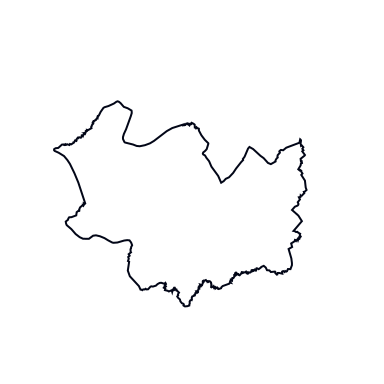 Sakhrai, Nong Khai, Thailand, rotated 49°
{"feature_id": "78962969B97466858782755", "entity_name": "Sakhrai", "entity_type": "district", "adm_level": 2, "iso_a3": "THA", "parent_name": "Thailand", "parent_adm1": "Nong Khai", "projection": "robinson", "projection_center": [102.714, 17.678], "detail": "fine", "context": "isolated", "style": "outline", "palette": "ink", "viewbox_px": 384, "rotation_deg": 49, "n_neighbors": 0, "source": "geoboundaries", "source_scale": "gbopen_adm2", "svg_char_len": 6050}
<svg xmlns="http://www.w3.org/2000/svg" viewBox="0 0 384 384"><g transform="rotate(49 192 192)"><path d="M231.9,294.9L232.4,294.3L233.5,293.9L233.5,292.7L234.4,291.8L234.6,290.5L235.5,290.4L236.6,289.0L236.2,285.4L236.5,284.6L237.7,283.6L239.0,280.7L238.9,278.4L239.4,276.1L240.3,274.8L243.1,273.1L243.1,271.7L244.4,272.0L244.7,273.8L246.1,273.6L246.2,274.2L245.5,275.4L245.7,276.1L247.5,275.6L248.3,276.8L250.7,275.1L251.9,274.7L252.8,271.8L254.4,272.5L253.2,270.8L254.2,270.2L254.3,269.7L253.9,269.3L252.8,269.1L252.5,268.3L252.9,267.8L254.5,268.2L255.4,267.7L256.0,268.4L257.0,268.0L259.4,267.8L259.7,269.0L260.4,270.2L260.9,270.3L261.2,271.7L262.8,271.9L265.2,271.6L266.9,272.5L269.3,272.6L270.8,271.8L271.7,272.1L272.1,272.9L272.8,272.7L273.7,272.4L275.2,270.3L275.9,268.5L275.1,267.8L274.8,267.0L273.1,265.6L272.7,264.4L272.9,263.5L273.4,263.2L272.9,262.4L271.8,261.8L271.0,260.4L271.9,257.8L271.1,257.5L271.2,256.5L270.5,255.7L271.1,254.7L270.0,254.2L270.7,253.8L271.5,253.9L271.6,253.3L271.2,252.8L270.0,252.6L270.0,251.2L269.4,250.7L269.7,250.0L268.8,249.8L269.1,249.1L268.9,248.6L267.8,248.6L267.9,247.9L268.7,247.2L267.1,246.6L268.9,245.5L267.9,243.8L267.6,242.5L266.8,242.8L266.3,242.2L266.5,241.3L266.9,241.2L267.5,239.3L268.9,239.4L269.3,238.9L269.9,239.2L269.9,238.4L270.7,238.4L270.7,237.4L271.4,237.0L272.8,237.0L273.8,237.8L274.4,237.8L275.0,238.7L276.1,238.8L276.1,239.8L276.4,240.0L276.8,239.8L276.9,239.1L277.4,238.5L277.3,237.6L279.1,238.4L279.3,238.0L278.9,236.8L279.3,236.7L280.3,237.5L280.6,235.6L281.4,235.5L282.2,235.9L282.7,235.6L283.7,233.2L283.2,232.3L283.1,230.6L285.6,224.1L285.2,222.9L286.0,222.3L284.7,222.2L284.1,221.2L284.8,220.5L283.5,219.9L283.7,219.5L284.8,219.5L283.4,217.9L284.1,217.1L283.7,215.7L282.6,214.8L283.6,214.2L283.6,212.6L282.7,212.9L282.8,213.8L282.4,213.8L281.5,212.5L281.6,211.7L281.9,211.5L282.6,211.9L284.2,210.9L285.0,211.3L286.1,210.7L285.8,208.2L286.2,207.4L285.3,207.4L285.1,207.0L287.3,205.0L287.5,203.5L289.2,204.1L290.3,203.5L290.3,202.6L289.3,202.4L291.0,200.8L291.0,199.8L290.1,198.3L290.7,197.4L291.6,198.1L291.9,197.4L291.7,195.7L292.9,195.7L293.3,195.3L293.0,194.7L292.2,194.2L291.9,193.4L292.4,192.9L294.0,192.3L294.2,189.4L294.0,188.9L294.8,186.3L297.4,185.9L300.2,186.7L302.0,185.0L304.1,185.0L306.5,181.6L307.0,181.6L307.7,182.3L310.0,182.2L310.2,181.7L309.5,181.1L309.3,180.5L310.2,179.4L312.9,177.4L311.3,176.4L311.2,175.8L311.7,174.9L313.1,174.6L312.8,173.5L313.9,173.1L314.1,172.3L313.1,170.1L314.8,168.3L312.8,164.6L311.2,163.2L307.3,160.6L298.4,156.5L299.2,152.5L295.9,150.9L296.5,146.9L295.7,145.7L296.6,145.1L297.2,145.3L296.8,143.2L297.9,143.6L297.4,142.7L296.6,142.2L296.7,141.8L297.7,141.5L297.3,140.8L296.6,140.5L297.1,140.0L297.0,139.2L295.1,138.9L294.5,137.8L292.1,138.6L291.2,138.6L290.5,139.7L288.9,140.2L288.0,140.9L286.1,128.2L279.6,127.2L271.2,128.3L270.6,124.0L271.5,121.3L271.4,120.3L270.9,119.5L269.1,118.9L268.4,115.4L266.1,114.8L266.9,113.4L266.0,112.4L266.5,112.4L266.9,111.1L266.6,110.1L266.6,108.1L265.3,107.5L265.7,106.9L265.6,104.2L263.3,103.3L257.5,99.3L250.8,98.3L250.5,96.5L247.9,96.1L247.6,95.6L246.4,95.9L246.4,96.6L244.6,96.9L243.2,92.6L241.9,91.1L242.3,90.0L240.6,89.0L240.2,89.6L238.2,88.3L238.4,83.3L238.2,82.5L233.6,82.1L233.6,80.5L231.8,80.4L231.3,78.6L228.8,78.6L228.7,79.4L226.6,78.2L224.7,76.0L223.9,75.7L223.2,75.8L225.3,78.6L220.4,91.8L220.3,95.8L218.6,97.3L218.5,99.0L218.7,99.5L220.0,99.9L220.4,103.1L221.1,104.1L222.2,104.7L222.2,106.0L222.6,107.4L223.1,108.5L223.8,108.9L222.7,114.2L219.9,115.6L213.4,115.7L209.6,116.6L199.7,117.7L195.7,119.1L196.0,121.2L199.9,129.2L200.5,132.0L201.4,132.4L201.7,135.4L203.2,143.3L204.6,148.4L205.2,154.4L204.2,157.9L204.6,161.0L204.1,163.9L197.1,161.7L185.6,160.7L180.0,158.9L175.6,158.7L173.0,158.2L171.0,158.9L170.2,158.7L169.5,157.6L169.6,155.2L169.3,152.8L166.3,148.0L165.8,147.7L161.0,148.1L155.4,147.7L150.2,146.5L148.7,145.3L147.5,145.9L146.8,146.9L146.3,146.1L146.0,146.1L146.1,146.9L145.2,147.6L142.9,145.8L141.4,146.1L139.8,146.8L140.3,147.4L140.3,148.0L139.5,148.3L140.1,150.2L139.6,150.2L139.1,149.4L138.8,150.3L138.1,149.9L137.7,150.8L137.1,150.6L136.6,151.6L137.0,153.0L136.6,153.3L136.7,153.8L136.4,154.2L135.8,153.8L135.7,154.5L135.4,154.2L130.8,164.9L129.5,171.1L128.5,187.2L127.7,191.8L125.8,196.8L123.2,201.4L121.0,203.5L117.4,205.4L110.7,210.1L109.8,210.2L106.7,209.3L105.3,208.1L103.5,205.3L101.4,200.6L94.6,188.4L92.9,185.7L91.4,184.5L90.8,184.2L86.6,185.6L83.0,187.6L78.0,187.6L75.9,188.0L74.8,188.6L74.3,189.8L74.0,192.9L72.3,198.7L70.7,202.2L70.4,203.6L71.6,208.4L73.2,212.2L72.8,213.2L73.1,213.7L73.6,213.8L73.6,214.5L74.6,215.1L74.1,215.9L74.3,217.0L74.6,217.4L74.2,218.2L74.4,218.9L73.9,219.6L74.5,220.1L74.2,220.9L74.6,221.7L75.6,221.7L75.9,223.8L76.7,224.8L76.8,225.5L77.9,226.0L77.1,229.8L76.2,230.5L76.7,230.8L76.4,231.7L77.0,231.7L76.8,232.7L77.3,233.5L76.9,234.3L77.6,233.9L78.0,234.7L77.4,234.9L77.2,235.4L78.1,237.3L77.5,237.1L76.9,238.0L77.7,238.9L78.1,240.3L76.6,241.3L76.7,242.6L76.1,242.7L76.6,244.9L77.3,245.2L77.6,245.8L76.4,246.5L77.2,248.5L76.9,248.9L77.2,249.1L76.8,251.9L75.7,252.6L76.1,253.7L74.2,254.8L74.0,255.7L73.2,255.9L73.5,256.7L73.1,257.3L72.7,257.6L72.3,257.2L70.9,259.0L71.0,264.0L69.5,266.2L69.2,267.8L69.8,268.6L70.9,268.7L74.8,266.9L80.9,265.0L86.1,265.1L90.7,265.7L100.7,268.4L110.3,271.6L130.6,280.1L130.6,280.6L130.0,280.9L130.6,281.1L130.7,281.7L130.3,281.9L130.7,282.5L130.1,282.8L130.6,283.2L130.2,283.3L130.2,286.6L131.3,288.8L131.7,288.8L132.3,289.5L131.6,290.7L131.6,292.3L133.7,294.7L131.9,299.5L130.5,301.3L130.9,302.8L131.6,303.8L131.5,306.7L133.3,307.8L134.9,308.3L140.9,307.4L147.4,307.4L152.4,306.4L155.8,304.9L159.7,300.5L160.1,295.3L161.7,292.9L165.0,290.5L169.4,288.3L173.5,287.0L177.9,285.3L178.9,284.5L181.2,281.4L184.1,275.1L185.8,272.5L187.5,270.9L190.2,271.1L192.9,272.1L193.6,274.0L194.6,275.1L194.8,275.9L196.8,277.5L197.5,277.6L197.4,280.6L199.2,280.9L199.2,282.8L200.9,283.5L202.1,285.6L203.4,285.2L209.2,292.0L214.8,294.2L228.2,293.8L231.9,294.9Z" fill="none" stroke="#020617" stroke-width="2"/></g></svg>